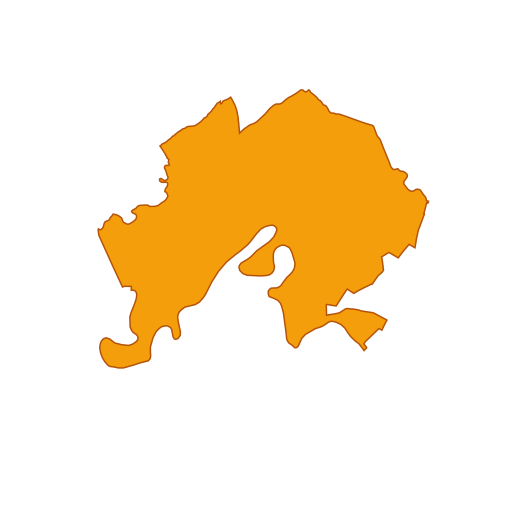 Tutora, Iasi, Romania, rotated 124°
{"feature_id": "2599482B32666452870869", "entity_name": "Tutora", "entity_type": "district", "adm_level": 2, "iso_a3": "ROU", "parent_name": "Romania", "parent_adm1": "Iasi", "projection": "equal_earth", "projection_center": [27.782, 47.144], "detail": "fine", "context": "isolated", "style": "filled", "palette": "amber", "viewbox_px": 512, "rotation_deg": 124, "n_neighbors": 0, "source": "geoboundaries", "source_scale": "gbopen_adm2", "svg_char_len": 6125}
<svg xmlns="http://www.w3.org/2000/svg" viewBox="0 0 512 512"><g transform="rotate(124 256 256)"><path d="M114.2,143.5L114.5,144.7L114.4,146.2L113.5,146.8L112.4,148.4L111.3,152.1L109.7,155.9L109.5,156.7L109.5,157.7L110.5,159.7L111.0,160.3L111.7,160.8L113.5,161.5L114.9,162.5L115.7,164.3L115.8,167.2L115.6,167.9L114.1,172.4L113.7,173.4L113.3,174.0L112.3,174.7L111.0,175.0L106.2,174.9L105.5,175.0L104.7,175.5L104.1,176.1L103.7,176.9L103.5,177.8L103.4,179.2L103.6,181.4L104.7,183.4L105.0,185.0L104.4,186.6L104.4,187.3L106.5,189.2L107.3,190.1L107.4,190.6L107.2,192.3L106.6,194.1L104.0,197.6L95.6,210.2L90.7,217.2L90.0,218.4L89.5,219.5L89.1,221.7L88.6,222.7L87.6,224.3L83.2,230.4L82.7,231.4L82.6,232.1L82.7,232.7L84.8,239.4L86.1,244.1L90.1,260.0L91.7,266.0L93.2,268.6L93.8,269.8L94.0,271.2L94.3,271.9L95.3,273.2L95.4,273.7L95.3,275.5L95.0,276.8L94.1,278.0L92.6,281.3L92.4,282.4L93.0,284.3L93.0,285.0L92.4,286.0L91.3,289.4L91.5,291.7L90.7,293.6L90.1,297.0L89.8,301.8L89.6,302.6L88.7,304.2L88.7,304.9L89.2,305.4L91.5,305.9L92.1,306.5L92.5,307.9L92.2,309.8L92.3,310.5L93.2,311.2L93.4,311.8L98.6,313.6L104.5,316.4L105.9,317.3L108.6,318.4L115.0,320.2L116.2,320.9L117.0,321.7L118.7,324.2L119.7,324.9L122.1,325.9L125.0,326.8L127.4,327.2L133.0,327.8L144.2,330.4L146.0,331.2L147.6,332.1L150.8,334.4L153.3,335.4L157.6,337.0L161.3,337.9L163.4,338.3L155.7,344.5L152.6,347.2L151.9,347.6L147.5,351.9L145.8,353.8L144.0,356.0L142.3,358.5L139.8,363.1L138.5,365.8L141.4,367.0L145.8,369.8L146.7,370.0L147.9,369.7L149.6,370.3L147.8,372.2L148.4,372.2L151.2,373.6L152.6,373.5L154.5,373.8L155.7,373.5L158.3,374.0L161.2,374.0L165.7,375.1L167.4,374.7L169.7,375.4L170.7,376.2L171.6,376.2L174.7,376.7L177.4,377.5L182.1,379.4L184.4,381.9L185.5,383.5L185.9,383.8L186.8,384.9L187.5,385.5L189.2,386.0L190.3,386.7L191.6,387.8L192.6,388.2L194.1,388.5L194.9,389.2L196.0,389.4L197.1,390.1L198.6,390.3L200.1,391.0L202.2,391.2L203.0,392.0L203.9,392.3L205.8,392.4L209.2,393.6L211.5,394.2L212.5,394.6L215.6,396.4L217.0,396.6L218.1,397.1L218.6,397.1L219.0,395.7L220.4,392.4L222.3,388.1L223.0,387.0L223.4,385.8L223.7,385.2L224.3,384.9L224.5,384.7L224.4,384.3L224.7,383.4L224.6,382.7L224.6,382.3L227.2,381.2L227.7,380.8L228.3,379.5L229.0,378.8L229.3,378.8L229.8,379.2L230.7,380.7L231.4,381.5L232.2,381.8L232.7,381.9L233.3,381.7L234.3,380.9L235.8,378.4L238.6,375.0L239.7,373.2L240.2,372.8L240.9,372.5L242.1,372.5L243.4,373.0L244.4,373.7L244.7,374.1L244.9,374.8L244.7,377.5L244.8,378.1L245.6,378.8L246.0,378.9L246.6,378.8L247.6,377.7L247.7,376.8L247.7,375.9L247.0,374.3L245.1,371.7L244.8,371.0L244.9,370.5L245.1,370.0L246.1,369.2L246.9,368.9L247.9,368.6L251.2,368.6L253.6,367.6L253.4,366.2L253.7,365.2L254.9,363.3L255.5,362.8L256.4,362.4L257.3,362.3L258.5,362.2L260.8,362.4L262.8,363.1L264.6,364.0L268.5,365.2L271.1,367.2L274.2,371.6L274.4,372.8L274.3,373.9L275.0,375.4L278.8,380.4L279.8,381.3L280.7,381.7L281.6,382.0L282.6,382.0L284.0,382.4L287.1,384.0L287.8,384.1L288.7,384.0L289.2,382.9L289.2,381.6L288.8,379.5L288.8,379.0L289.0,378.3L289.4,377.6L290.7,376.7L292.3,376.2L293.3,376.3L296.0,377.0L299.3,378.4L300.7,379.4L301.3,380.1L301.9,381.6L301.8,382.2L302.1,384.0L302.1,384.6L301.8,385.7L300.3,387.7L299.6,388.9L299.5,390.6L299.5,392.2L299.9,394.7L300.8,397.2L301.2,397.9L303.7,397.9L305.6,398.3L307.1,398.0L308.5,398.1L309.7,398.7L311.0,399.7L312.5,400.3L314.5,399.9L316.9,399.0L318.6,398.8L319.5,398.9L320.3,399.0L320.9,399.4L321.6,400.5L321.6,401.7L322.2,401.8L326.6,398.0L330.3,392.1L344.4,369.2L356.4,349.3L356.3,349.1L354.9,348.5L350.9,342.3L354.2,340.3L353.4,339.6L352.5,337.3L353.1,335.0L354.5,333.4L357.8,331.6L362.3,330.2L372.4,328.0L376.9,326.6L385.2,320.7L387.1,317.8L388.0,315.3L388.1,313.5L388.0,311.6L388.4,309.8L389.6,308.3L391.2,307.2L394.0,307.4L398.0,309.0L401.3,311.5L404.5,317.4L407.1,324.6L406.6,330.8L407.6,334.5L410.0,336.2L412.9,336.6L415.9,336.0L419.6,334.1L423.1,330.8L426.4,326.2L428.2,322.1L429.3,317.8L429.4,315.7L427.5,311.9L425.7,307.4L422.9,303.3L414.1,295.9L409.5,292.4L403.1,286.7L400.3,286.3L397.8,287.4L394.3,290.1L390.2,292.8L381.3,295.7L374.7,296.5L370.6,295.8L367.5,294.8L365.5,293.0L363.4,290.5L363.1,286.8L364.0,284.9L369.1,279.9L370.4,277.5L369.9,275.8L367.8,274.5L364.2,274.4L361.1,276.3L354.2,283.5L350.6,286.7L348.1,287.9L345.3,288.3L341.9,287.7L338.2,286.4L330.2,279.2L326.0,277.2L320.3,276.4L316.0,276.4L302.0,278.2L289.2,278.5L277.5,277.1L266.3,273.8L260.4,271.7L251.6,269.3L247.6,268.7L236.9,268.0L230.9,267.0L226.8,265.0L223.8,262.5L221.2,259.7L220.8,257.8L220.9,256.1L221.5,254.6L222.6,253.4L225.2,252.6L230.4,251.9L236.9,253.0L251.2,258.3L259.4,259.8L263.5,261.2L270.2,264.4L273.4,264.5L275.4,263.4L277.1,261.2L277.9,256.9L276.9,252.5L270.1,241.3L266.4,236.5L264.2,234.4L261.1,233.2L257.8,233.3L254.8,234.5L251.0,238.3L246.5,241.6L243.8,243.1L240.7,243.9L237.6,243.5L234.8,242.2L232.7,240.8L231.1,238.3L230.6,235.0L230.5,232.9L231.5,230.8L233.3,227.8L239.7,220.1L242.0,218.6L244.3,217.5L246.3,217.1L248.8,217.0L252.6,217.5L256.2,218.4L262.2,218.8L266.5,218.8L268.5,219.5L270.5,220.6L274.3,225.6L277.0,226.3L278.5,226.1L280.9,224.3L282.3,222.4L281.2,218.0L280.5,212.8L281.6,209.2L283.5,206.4L287.9,201.4L302.3,188.6L306.8,184.9L308.4,183.2L309.7,180.3L309.8,175.7L310.4,172.6L309.3,171.1L307.2,170.6L298.5,172.0L293.2,171.1L283.1,166.2L278.5,162.6L276.1,161.2L269.7,158.6L267.8,156.8L266.2,153.2L265.3,147.5L266.0,142.2L268.6,136.1L269.9,132.2L271.0,126.1L271.2,121.6L273.1,115.7L274.0,113.5L270.3,112.9L269.9,113.2L268.6,117.5L266.9,117.5L265.6,117.4L247.7,113.6L247.4,113.2L247.1,110.2L239.9,111.2L235.9,111.6L237.4,126.4L237.8,127.7L242.6,137.9L243.1,139.4L243.3,140.6L245.4,145.3L246.1,146.6L246.9,147.8L248.4,150.8L249.3,151.9L250.0,152.3L256.0,154.9L256.9,155.5L260.3,158.7L264.3,163.1L265.7,164.3L257.1,170.5L256.8,170.4L256.6,170.2L252.6,161.6L238.5,161.9L232.4,161.9L232.3,154.0L227.9,152.0L221.4,148.4L215.2,144.8L214.4,143.9L204.6,143.8L198.5,142.3L196.4,142.4L189.2,148.7L186.5,151.4L178.7,147.8L178.0,137.0L172.2,136.8L160.8,135.6L160.3,128.8L152.0,132.6L143.9,135.8L127.2,139.8L127.3,140.4L116.3,144.3L116.3,143.5L116.1,143.1L114.2,143.5Z" fill="#f59e0b" stroke="#b45309" stroke-width="1.5"/></g></svg>